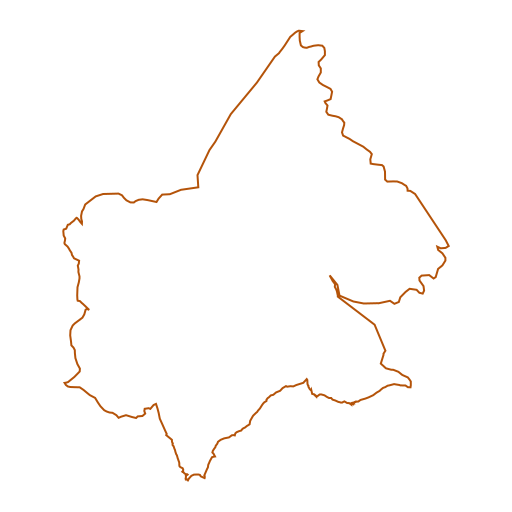 Villa Talea de Castro, Oaxaca, Mexico (orthographic projection)
{"feature_id": "50627088B61139638473248", "entity_name": "Villa Talea de Castro", "entity_type": "district", "adm_level": 2, "iso_a3": "MEX", "parent_name": "Mexico", "parent_adm1": "Oaxaca", "projection": "orthographic", "projection_center": [-96.231, 17.371], "detail": "fine", "context": "isolated", "style": "outline", "palette": "amber", "viewbox_px": 512, "rotation_deg": 0, "n_neighbors": 0, "source": "geoboundaries", "source_scale": "gbopen_adm2", "svg_char_len": 5608}
<svg xmlns="http://www.w3.org/2000/svg" viewBox="0 0 512 512"><path d="M445.7,240.2L415.1,194.0L410.3,190.9L407.6,190.7L407.5,188.5L406.8,187.1L406.1,185.8L404.6,185.0L401.9,183.2L397.2,181.5L393.3,181.4L387.3,181.6L385.1,179.6L385.0,171.6L383.6,166.5L382.0,165.1L378.2,164.7L373.3,164.1L370.7,163.6L370.3,159.3L371.8,154.1L370.0,151.8L366.5,149.3L363.3,146.7L356.9,143.3L352.9,141.2L349.7,139.0L343.1,135.6L342.0,132.4L343.0,128.6L344.1,125.2L344.3,122.7L342.4,120.2L342.3,119.8L342.1,119.4L338.7,117.2L335.7,116.3L332.3,115.7L328.3,114.7L326.3,111.8L327.0,108.5L327.5,105.5L325.4,103.0L324.7,101.4L327.3,100.5L330.6,99.1L331.4,95.3L332.1,91.7L330.5,88.9L327.1,87.1L322.9,85.0L319.3,82.5L317.4,79.3L318.5,76.5L320.8,72.5L320.8,68.4L318.8,65.4L318.6,62.0L321.2,59.5L324.9,55.1L324.9,51.2L324.3,47.9L322.3,45.7L318.2,45.2L313.9,45.7L312.6,46.0L311.1,46.5L309.2,46.9L306.8,47.8L304.8,47.6L302.9,47.1L300.9,45.4L299.8,40.6L299.6,36.9L299.6,32.9L302.5,31.1L298.8,30.7L296.9,31.5L295.1,32.7L292.6,34.9L290.3,36.8L286.8,42.2L284.6,45.6L282.3,48.8L279.7,52.1L279.0,53.2L274.9,56.6L256.9,82.6L230.8,114.1L215.3,141.7L209.5,150.0L197.5,175.1L197.9,181.2L198.3,187.3L181.0,189.8L169.9,194.2L162.2,194.6L158.6,198.6L156.5,202.0L147.7,200.1L142.6,199.3L138.7,199.8L135.6,201.1L133.8,202.5L130.4,202.4L126.4,200.3L123.9,197.8L122.0,195.3L118.5,193.6L103.1,194.0L95.7,196.4L85.2,204.5L83.5,209.0L82.0,211.4L81.1,215.9L81.3,219.1L82.0,221.4L81.9,223.8L80.3,222.0L78.5,219.5L76.9,217.9L76.5,217.8L75.3,219.0L73.9,220.7L70.9,223.0L69.7,224.3L67.8,224.8L66.2,228.7L63.7,229.5L63.3,231.1L63.7,235.6L65.2,238.4L65.0,240.3L64.4,243.0L64.8,244.1L67.6,246.6L69.1,248.9L69.7,250.1L71.5,252.8L72.0,255.0L73.1,256.6L74.0,258.3L79.1,260.7L78.8,263.6L77.8,265.6L78.5,269.5L78.4,272.0L79.5,276.4L79.5,278.4L78.8,282.4L77.5,287.2L77.2,295.4L77.4,299.5L77.7,300.7L79.9,301.1L80.6,301.8L81.8,303.0L82.8,303.8L89.2,309.9L87.0,308.9L85.6,309.7L84.3,314.4L82.4,317.7L74.8,323.4L72.7,325.5L70.5,330.2L70.2,335.4L71.0,341.3L71.4,345.4L73.5,347.6L74.8,350.1L74.9,353.2L75.4,358.1L77.4,364.1L79.9,368.6L79.7,371.5L74.3,377.0L68.0,382.1L66.3,382.6L64.6,382.9L65.9,385.0L67.9,386.5L70.2,387.0L75.1,387.2L79.7,387.3L83.5,389.9L87.1,392.9L89.8,395.1L95.1,397.9L97.9,402.5L100.4,406.2L104.2,410.2L106.6,411.5L109.5,412.5L112.5,412.8L116.4,415.2L118.6,417.8L121.1,416.7L126.0,415.2L128.7,416.0L131.9,417.0L136.1,418.0L137.7,416.4L142.4,416.0L145.2,413.6L144.3,411.0L144.7,408.8L148.7,408.2L150.3,408.9L153.6,405.0L156.0,403.9L157.5,408.5L158.7,413.1L159.8,418.7L162.3,424.2L165.1,430.5L166.7,433.9L166.2,435.1L171.9,439.8L172.0,441.9L172.8,443.4L172.5,443.9L172.7,445.3L173.6,446.2L174.4,448.7L175.0,450.0L175.4,451.8L176.2,454.2L176.9,455.3L177.8,458.6L178.1,459.2L178.3,460.0L179.1,462.1L179.3,463.4L179.3,465.1L179.4,465.5L179.5,466.2L180.2,467.0L180.5,467.2L182.6,468.2L183.2,469.5L183.1,470.8L182.3,471.7L182.6,472.0L183.7,472.4L184.2,473.2L185.5,474.1L187.3,474.3L187.6,474.6L185.8,475.8L186.0,476.9L185.6,478.5L185.8,479.5L186.9,479.3L188.1,479.6L187.5,481.3L188.8,478.7L191.4,475.8L194.0,474.6L198.3,474.5L199.9,474.9L200.7,476.3L204.6,478.1L204.7,477.9L204.7,476.0L204.3,475.4L207.1,468.9L207.9,467.4L208.1,466.0L208.2,465.0L208.5,464.2L209.0,463.2L209.9,461.0L210.4,460.1L212.0,457.2L213.7,456.7L215.0,456.5L214.9,456.3L214.1,454.8L213.6,453.8L212.4,452.5L212.8,450.9L214.0,449.0L215.4,447.1L215.7,445.8L217.3,443.7L218.0,441.8L220.7,439.8L224.1,438.4L225.0,438.2L229.0,437.4L231.8,435.3L233.5,435.1L234.8,435.4L235.3,433.4L236.6,432.2L237.1,432.0L239.2,431.1L241.0,430.6L241.3,430.5L242.0,429.4L243.3,428.3L244.9,427.6L247.0,425.9L248.4,425.1L249.6,424.3L250.2,420.8L252.8,416.2L253.3,415.5L256.1,412.8L257.2,411.9L258.0,410.6L259.9,408.5L261.9,405.3L263.1,403.6L264.3,402.3L266.3,401.1L266.5,400.9L266.5,399.7L267.7,398.1L268.9,397.3L270.2,396.0L270.8,395.4L273.3,394.8L276.1,392.4L280.1,390.8L282.6,388.1L286.0,386.1L287.1,386.7L290.4,386.2L293.3,386.4L296.4,385.0L303.4,382.8L303.6,382.5L304.3,381.7L305.0,381.0L306.7,379.1L307.3,380.0L307.5,384.1L307.9,385.1L308.4,385.7L308.4,386.7L309.7,389.0L310.6,390.0L311.2,390.4L311.3,390.1L312.2,393.9L313.7,394.2L315.8,396.2L315.7,395.5L317.0,396.5L319.6,394.5L321.1,394.4L324.1,395.2L325.1,395.7L326.7,396.8L329.0,398.0L331.2,398.0L332.5,399.6L335.3,400.5L338.3,401.9L339.8,402.2L340.9,402.6L342.4,402.5L342.9,402.1L344.4,401.4L347.1,403.0L349.3,403.2L350.4,404.0L350.2,403.5L352.2,404.2L352.0,403.6L352.9,403.8L352.6,403.1L353.6,403.2L353.2,402.6L355.3,402.1L355.2,401.8L355.9,401.5L358.1,401.6L358.8,401.2L359.3,400.8L359.7,400.5L360.7,399.9L365.3,398.6L368.5,397.4L373.2,395.2L376.6,392.6L379.6,390.9L380.7,389.8L382.9,388.0L384.1,387.5L385.1,387.2L387.6,385.7L389.2,385.4L394.1,384.1L395.7,384.4L399.4,385.0L400.4,385.4L405.5,385.5L407.9,387.2L410.5,387.3L410.8,385.3L410.8,384.4L410.8,381.5L409.4,379.4L407.8,377.4L404.6,376.0L402.2,374.9L398.4,371.8L393.3,369.8L391.1,369.7L385.9,368.3L380.8,363.6L383.5,354.9L383.5,353.7L385.4,350.7L374.6,324.7L337.8,296.6L337.9,296.0L336.9,291.3L336.3,289.6L334.8,286.8L335.1,284.3L335.0,284.1L333.8,282.5L332.6,280.9L331.9,279.5L330.0,276.1L329.7,275.4L337.4,284.9L339.5,295.6L353.4,301.5L363.8,303.5L377.6,303.2L378.3,303.2L378.5,303.3L390.0,300.8L394.4,303.8L398.8,302.0L399.8,298.9L400.3,297.3L405.6,291.9L409.6,288.8L416.6,289.8L419.4,292.8L419.5,292.8L422.7,293.6L424.1,290.6L423.5,286.1L419.5,280.5L419.3,277.7L421.6,275.6L429.2,275.1L433.6,278.5L435.7,277.1L438.1,268.9L442.4,265.4L445.4,260.6L445.4,257.8L442.4,253.3L438.2,250.0L437.3,246.7L440.7,248.3L445.6,247.9L448.7,246.0L445.7,240.2Z" fill="none" stroke="#b45309" stroke-width="2"/></svg>